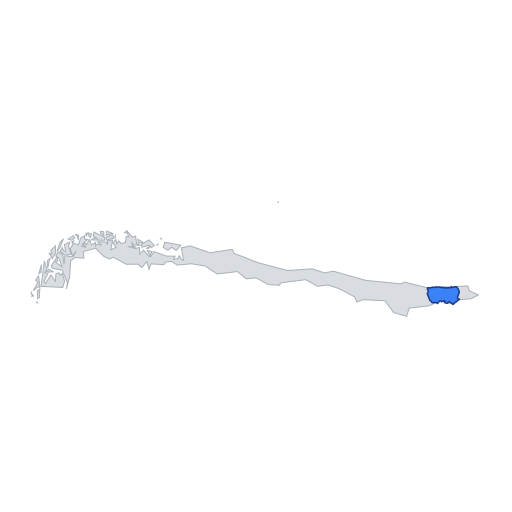 Tarapacá on a map of Chile (Equal Earth projection), rotated 92°
{"feature_id": "CHL-2693", "entity_name": "Tarapacá", "entity_type": "Region", "adm_level": 1, "iso_a3": "CHL", "parent_name": "Chile", "parent_adm1": "", "projection": "equal_earth", "projection_center": [-69.568, -20.2], "detail": "fine", "context": "in_parent", "style": "filled", "palette": "blue", "viewbox_px": 512, "rotation_deg": 92, "n_neighbors": 0, "source": "natural_earth", "source_scale": "10m", "svg_char_len": 6292}
<svg xmlns="http://www.w3.org/2000/svg" viewBox="0 0 512 512"><g transform="rotate(92 256 256)"><path d="M278.5,43.4L283.2,41.6L287.2,32.5L291.3,39.6L292.5,51.5L297.3,57.5L294.4,70.2L299.8,81.6L302.8,101.1L311.1,103.4L307.7,116.5L296.2,125.6L295.9,147.3L298.4,153.7L293.4,155.9L285.8,171.7L282.4,183.0L284.1,193.5L277.9,205.5L282.0,230.5L284.4,231.5L284.1,242.9L277.8,255.2L279.2,264.9L272.2,274.1L275.3,294.1L267.7,306.8L266.0,320.1L267.8,334.4L264.4,340.4L264.9,345.9L267.9,347.8L267.5,360.6L273.1,362.5L265.5,364.9L271.5,369.9L268.3,373.7L268.8,385.4L262.2,398.6L264.1,402.3L261.6,408.3L253.8,416.6L257.6,428.6L264.2,428.0L263.8,436.8L267.4,441.1L283.5,441.5L295.6,444.4L289.3,443.5L276.9,449.2L275.4,459.2L273.0,460.3L264.1,455.0L267.8,453.8L269.0,456.3L273.4,449.6L265.1,452.8L263.0,456.1L259.0,453.9L261.5,449.1L271.1,447.6L261.5,446.9L258.4,452.2L254.2,449.9L257.4,448.6L258.2,446.4L251.2,447.9L248.7,442.6L252.5,443.8L260.7,440.9L261.5,445.1L263.0,444.0L262.7,438.5L257.6,435.9L262.3,439.4L255.0,441.9L249.4,438.2L251.3,434.0L244.2,431.9L241.8,428.0L245.1,427.8L245.3,424.7L249.6,429.4L252.3,430.6L253.4,426.0L250.9,429.5L249.1,427.2L251.0,426.2L245.4,422.9L250.8,420.9L248.0,416.8L251.7,416.9L249.5,415.0L250.7,410.7L247.3,414.7L247.3,406.2L250.0,404.9L246.1,404.8L245.0,399.9L255.0,401.4L252.2,396.2L248.0,399.5L244.4,396.7L248.7,395.5L245.7,393.8L248.3,391.1L246.9,386.9L241.1,386.4L241.2,383.9L236.6,385.9L237.6,388.5L235.2,386.0L241.6,380.1L240.3,377.0L247.9,375.8L249.5,371.8L249.2,378.9L246.1,380.7L249.7,380.0L251.5,376.3L250.8,384.5L252.8,377.2L251.5,372.7L258.2,372.3L254.1,368.5L260.2,362.9L260.3,361.2L255.1,358.2L259.2,345.6L259.0,336.8L262.1,338.3L261.3,333.6L258.4,332.8L262.4,329.9L262.8,328.2L250.5,330.9L248.2,322.2L254.4,302.0L250.2,280.0L254.1,278.0L262.7,253.4L269.4,224.0L266.9,199.1L270.5,187.0L268.5,178.1L276.5,145.6L278.8,110.6L276.9,106.6L281.7,84.1L278.5,43.4ZM294.2,448.0L293.8,469.8L268.4,467.3L277.0,464.6L280.8,466.6L276.5,462.5L279.0,457.7L279.1,462.8L289.2,466.9L290.8,465.4L282.1,460.3L288.4,455.6L280.6,455.3L279.7,452.4L282.2,450.9L280.2,449.0L287.9,446.4L294.2,448.0ZM250.6,349.0L245.3,347.7L247.9,331.5L253.3,336.0L250.2,340.5L253.4,344.4L250.6,349.0ZM245.6,408.0L245.6,421.0L243.2,418.1L244.4,414.9L241.7,419.4L237.7,418.8L242.7,407.7L245.6,408.0ZM283.5,472.6L295.4,470.8L294.1,472.7L298.5,477.4L289.6,472.8L287.9,475.5L283.5,472.6ZM251.2,360.7L248.9,362.9L251.2,370.3L248.3,371.0L243.7,363.5L248.9,357.9L251.2,360.7ZM260.1,456.3L265.8,459.5L260.6,462.7L261.4,460.1L257.9,461.3L252.8,456.9L260.1,456.3ZM265.8,461.9L275.4,463.8L267.9,464.4L265.8,461.9ZM306.1,472.7L298.4,473.3L296.6,471.0L304.9,471.0L306.1,472.7ZM245.4,406.2L242.5,406.5L239.6,400.2L243.0,398.3L245.4,406.2ZM240.5,406.5L236.4,406.1L238.4,400.1L240.5,406.5ZM259.4,362.0L254.1,364.9L255.2,360.2L259.4,362.0ZM244.3,437.7L246.7,441.1L245.6,444.3L242.1,439.3L244.3,437.7ZM245.6,449.0L254.2,452.2L258.4,455.0L249.3,452.3L245.6,449.0ZM247.3,374.1L243.4,374.6L246.5,369.3L247.3,374.1ZM272.0,470.1L280.0,470.3L281.0,472.3L272.0,470.1ZM241.0,408.7L238.8,412.1L236.7,412.5L237.1,409.0L241.0,408.7ZM243.4,422.1L240.4,424.8L238.8,424.5L239.6,421.1L243.4,422.1ZM246.3,434.1L242.4,435.3L240.6,437.6L241.5,434.1L246.3,434.1ZM240.1,427.1L239.0,425.9L241.6,426.2L240.1,427.1ZM252.1,365.4L250.5,363.5L250.8,362.5L252.0,363.1L252.1,365.4ZM250.0,440.1L248.3,440.4L247.2,438.7L250.0,440.1ZM242.2,397.3L239.3,397.4L242.1,396.9L242.2,397.3ZM303.8,476.9L304.1,478.7L302.3,478.0L303.8,476.9ZM247.6,354.3L249.2,355.5L247.5,354.9L247.6,354.3ZM302.6,479.2L300.2,479.5L300.0,479.3L302.6,479.2ZM310.5,472.8L310.2,473.8L309.6,473.4L310.5,472.8ZM201.9,235.1L201.0,236.2L200.9,236.1L201.9,235.1ZM242.3,351.1L241.8,352.1L241.5,351.5L242.3,351.1Z" fill="#d9dde1" stroke="#a8b0b8" stroke-width="1"/><path d="M292.3,51.2L292.4,51.3L292.5,51.5L292.7,51.9L292.9,52.6L293.0,52.8L293.6,53.1L293.9,53.4L294.8,54.4L295.1,54.7L295.4,55.4L295.7,55.7L296.0,55.8L297.0,56.8L297.2,57.0L297.4,57.3L297.5,57.5L297.4,57.6L297.0,57.8L296.9,58.0L296.7,58.4L296.2,59.2L295.7,60.2L295.5,60.4L295.1,60.9L295.0,61.2L295.0,61.4L295.0,61.6L295.5,62.0L295.8,62.4L296.0,62.6L296.3,62.7L296.4,62.8L296.4,63.0L296.5,63.5L296.6,63.8L296.5,64.0L296.3,64.6L296.3,64.8L296.2,65.3L296.1,65.6L295.9,65.5L295.5,65.5L294.3,66.0L294.1,66.2L294.2,66.5L294.5,66.7L294.8,66.8L294.7,67.3L294.7,67.8L294.8,68.2L295.2,69.1L294.7,69.3L294.5,69.5L294.4,69.9L294.4,70.3L294.5,70.7L294.7,71.0L294.9,71.3L295.2,71.5L296.1,72.1L296.6,72.5L296.8,72.6L297.1,72.9L297.1,73.1L296.4,73.8L296.3,74.1L296.2,74.4L296.2,76.1L296.4,76.6L296.6,76.8L296.5,78.0L296.4,78.5L296.2,78.7L295.4,79.0L295.1,79.3L295.0,79.5L294.5,80.4L294.3,80.7L294.1,80.8L291.0,82.1L288.8,83.1L287.8,83.5L287.3,83.4L286.4,83.0L286.3,82.9L285.2,82.8L285.1,82.7L284.9,82.7L284.7,82.8L284.3,82.7L283.6,83.0L283.4,83.5L283.1,83.6L282.9,83.5L282.7,83.5L282.0,83.5L282.0,83.3L281.9,83.1L281.7,82.8L281.7,82.4L281.6,82.2L281.8,81.9L281.9,81.7L281.8,81.4L281.8,81.1L281.7,81.0L281.7,80.9L281.8,80.7L281.7,80.6L281.6,80.3L281.6,80.2L281.5,79.8L281.4,79.5L281.3,79.4L281.3,79.2L281.3,78.9L281.2,78.7L281.0,78.2L280.9,77.9L280.9,77.7L281.0,77.6L281.1,77.2L281.3,77.0L281.3,76.9L281.2,76.6L281.2,76.4L281.2,76.2L281.1,75.9L280.9,75.7L280.7,75.4L280.6,75.2L280.6,74.7L280.6,74.4L280.7,74.1L280.6,73.9L280.7,73.6L280.7,73.1L280.6,71.8L280.6,71.6L280.8,71.2L280.9,70.6L280.9,70.3L280.8,70.0L280.7,69.7L280.7,69.4L281.0,69.2L281.2,68.7L281.3,68.3L281.0,67.7L280.9,67.5L281.0,67.4L281.1,67.1L281.1,66.7L281.1,66.4L281.3,66.0L281.3,65.8L281.3,65.7L281.2,65.5L281.2,65.4L281.2,65.2L281.3,65.0L281.3,64.8L281.3,64.6L281.2,64.2L281.2,63.8L281.1,63.4L281.2,63.0L281.2,62.9L281.0,62.5L281.0,62.1L281.1,61.4L281.1,61.2L280.8,60.4L280.8,60.2L280.7,60.0L280.5,59.9L280.2,59.7L280.5,59.6L280.5,59.4L280.6,59.1L280.6,58.8L280.5,58.2L280.5,57.9L280.3,57.6L280.3,57.2L280.2,56.7L280.0,56.2L279.9,56.0L279.8,55.8L279.7,55.8L279.7,55.7L279.8,55.4L279.8,54.8L279.8,54.5L279.9,54.2L280.5,53.9L280.9,53.6L281.4,53.3L281.9,52.8L282.4,52.5L282.9,52.3L283.4,52.2L283.9,51.9L284.6,51.7L285.3,51.7L285.8,51.7L286.1,51.9L286.5,52.1L286.8,52.3L287.7,52.3L288.3,52.6L288.8,52.8L289.3,53.1L289.8,53.1L290.3,53.2L290.8,53.1L291.4,52.5L291.6,52.1L291.9,51.7L292.2,51.2L292.3,51.2Z" fill="#3b82f6" stroke="#1e3a8a" stroke-width="1.5"/></g></svg>